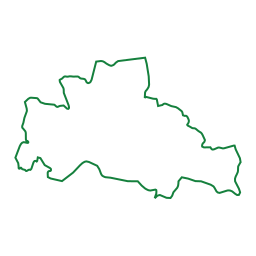 an SVG outline of Kâmpóng Cham
{"feature_id": "KHM-1784", "entity_name": "Kâmpóng Cham", "entity_type": "Province", "adm_level": 1, "iso_a3": "KHM", "parent_name": "Cambodia", "parent_adm1": "", "projection": "natural_earth1", "projection_center": [105.558, 12.075], "detail": "fine", "context": "isolated", "style": "outline", "palette": "green", "viewbox_px": 256, "rotation_deg": 0, "n_neighbors": 0, "source": "natural_earth", "source_scale": "10m", "svg_char_len": 3856}
<svg xmlns="http://www.w3.org/2000/svg" viewBox="0 0 256 256"><path d="M240.1,192.3L240.1,192.5L238.9,194.9L237.1,195.0L235.3,193.9L232.2,191.4L230.3,190.6L228.9,190.4L227.4,190.5L219.6,192.9L217.8,192.5L216.5,191.4L214.5,187.8L213.5,186.4L210.7,184.7L201.1,181.3L195.4,181.1L188.1,178.6L181.8,177.3L178.5,181.3L178.4,183.5L178.1,185.7L177.3,187.7L173.4,192.3L172.2,195.7L170.5,198.0L166.5,197.8L159.9,195.0L157.5,195.6L154.7,198.3L154.8,198.2L154.9,197.5L156.3,193.5L156.4,191.0L156.2,190.0L155.4,189.6L150.5,190.5L150.1,190.5L148.4,190.2L147.3,189.7L146.3,189.2L145.1,188.5L141.7,185.6L137.8,181.3L127.8,181.2L110.5,177.7L105.5,177.2L104.5,176.9L102.9,176.1L102.5,175.8L102.1,175.5L101.4,174.5L101.0,173.7L99.3,169.2L97.2,165.8L89.0,162.0L86.4,161.4L84.9,161.7L83.7,162.3L82.3,163.2L79.8,165.5L78.5,166.9L73.1,172.6L62.0,181.1L50.7,178.5L47.9,177.1L47.8,176.2L47.7,173.4L47.7,172.8L47.9,172.2L48.2,171.6L48.6,171.3L49.0,171.1L50.2,171.0L50.8,170.6L51.0,170.0L50.9,169.0L50.4,168.4L49.9,168.0L44.7,165.1L40.4,158.1L37.8,157.4L37.2,160.9L36.7,161.5L36.0,161.0L35.5,160.9L34.6,161.0L34.0,161.6L33.5,162.4L31.4,168.7L30.8,169.5L30.2,169.9L29.7,169.7L29.1,169.7L28.3,170.0L27.2,170.7L26.5,171.0L25.9,170.9L25.0,169.9L22.4,169.2L21.9,168.8L21.2,167.8L20.8,167.7L20.5,167.8L20.2,168.2L19.9,168.5L19.2,168.7L18.7,168.2L18.6,167.2L18.6,166.1L18.2,163.1L15.4,157.7L19.8,146.1L20.9,144.1L21.5,143.4L22.1,142.8L22.8,142.5L23.4,142.2L24.0,142.2L27.4,142.9L28.0,142.8L28.3,142.3L28.2,141.8L27.5,141.0L26.3,140.7L26.2,140.3L25.9,139.5L25.8,133.0L25.6,132.1L25.4,131.4L23.3,128.8L22.3,127.7L22.2,127.0L22.2,126.1L23.4,122.7L24.4,117.9L26.7,111.6L26.9,110.8L26.7,108.6L24.9,102.0L28.3,98.8L30.1,97.8L31.1,97.7L36.3,98.1L37.0,98.2L37.5,98.4L37.8,98.7L40.6,102.3L45.0,103.8L54.2,104.7L54.6,104.9L56.2,106.4L56.7,106.7L57.2,106.9L57.9,106.8L58.7,106.4L60.0,105.9L63.6,105.5L67.0,108.6L68.2,108.9L68.8,108.4L68.9,108.2L69.0,107.8L69.0,107.2L68.8,106.1L68.5,105.0L63.8,92.9L63.7,89.4L63.5,88.5L63.3,87.9L60.0,82.1L59.7,80.8L59.7,79.9L60.1,79.6L61.9,78.7L63.9,76.8L64.4,76.6L65.0,76.4L67.2,76.7L68.3,76.6L69.4,76.3L70.4,76.3L71.6,76.4L72.2,76.5L73.4,76.6L77.5,76.5L78.0,76.6L78.5,76.8L78.9,77.1L80.0,78.1L80.4,78.3L80.9,78.5L81.5,78.6L83.3,78.8L83.9,78.9L84.4,79.1L84.9,79.3L85.2,79.7L85.5,80.1L85.8,80.5L86.2,81.5L86.4,81.9L86.7,82.3L87.1,82.6L87.5,82.9L88.1,83.1L88.8,83.0L90.0,82.4L90.5,81.9L91.6,79.7L96.2,61.6L101.0,61.0L102.8,61.3L104.4,62.1L105.1,62.6L105.4,62.9L107.1,64.0L109.3,65.2L110.4,65.6L111.2,65.8L112.5,65.4L113.4,65.0L114.1,64.5L115.9,62.6L117.9,61.2L118.7,61.0L145.1,57.7L146.7,63.8L148.7,76.3L149.1,84.5L148.9,85.7L148.5,87.2L147.2,89.3L146.4,90.3L145.8,90.9L145.4,91.7L145.1,92.4L144.8,97.2L145.4,97.4L146.1,96.9L153.1,98.7L155.6,98.9L156.1,98.8L156.8,99.4L158.1,106.0L161.9,105.1L162.4,105.0L163.5,104.0L164.0,103.8L164.5,103.7L165.1,103.7L165.9,103.8L167.0,104.2L171.3,106.1L175.9,107.1L177.9,108.2L181.6,111.1L182.0,111.7L182.3,112.2L183.0,115.3L184.8,115.9L185.3,115.8L186.0,115.8L186.6,116.1L187.3,116.8L188.3,118.8L188.7,119.9L188.9,120.9L188.8,121.5L188.7,122.1L188.5,122.6L188.0,123.6L187.7,124.0L187.4,124.4L187.2,124.8L187.5,125.3L188.1,125.8L189.6,126.5L192.1,128.0L192.7,128.2L194.4,128.3L194.9,128.4L195.7,128.8L198.1,130.8L199.7,131.9L200.6,132.4L201.0,132.7L201.8,133.6L202.6,135.0L204.9,140.0L204.8,140.6L204.6,141.1L204.3,141.9L203.6,142.7L203.2,143.0L202.9,143.4L202.6,143.8L202.4,144.3L202.2,144.9L202.1,145.4L202.1,146.0L202.2,146.6L203.9,147.4L210.4,147.3L211.2,148.6L211.5,148.9L211.9,149.3L212.4,149.5L213.1,149.5L214.1,149.3L218.0,147.6L218.7,147.5L219.6,147.6L222.8,148.4L224.0,148.3L233.7,145.6L234.6,145.6L235.7,149.4L239.9,158.2L240.6,162.2L240.3,162.6L238.2,166.4L238.1,167.5L238.0,170.6L237.8,172.0L236.8,174.3L235.7,176.5L235.0,178.7L235.1,181.3L238.9,188.7L240.1,192.3Z" fill="none" stroke="#15803d" stroke-width="2"/></svg>